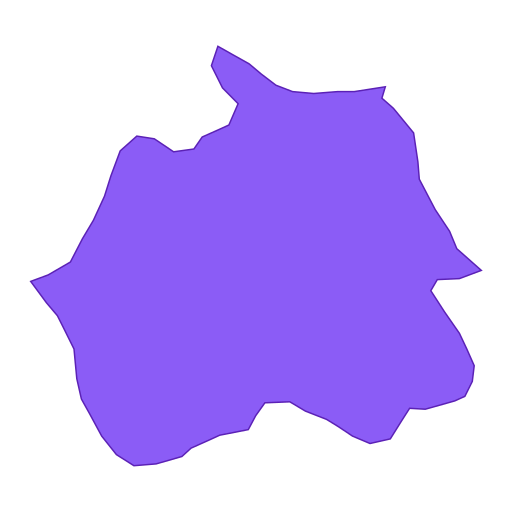 Agios Iakovos, Cyprus (orthographic projection)
{"feature_id": "46923920B93502330061419", "entity_name": "Agios Iakovos", "entity_type": "district", "adm_level": 2, "iso_a3": "CYP", "parent_name": "Cyprus", "parent_adm1": "", "projection": "orthographic", "projection_center": [33.821, 35.322], "detail": "fine", "context": "isolated", "style": "filled", "palette": "violet", "viewbox_px": 512, "rotation_deg": 0, "n_neighbors": 0, "source": "geoboundaries", "source_scale": "gbopen_adm2", "svg_char_len": 1018}
<svg xmlns="http://www.w3.org/2000/svg" viewBox="0 0 512 512"><path d="M385.3,86.8L354.3,91.6L337.7,91.6L313.7,93.5L292.5,91.6L275.9,85.2L261.2,74.0L249.2,63.9L232.6,54.6L217.9,46.3L211.4,65.7L222.5,87.9L238.1,103.7L228.9,125.0L218.8,129.6L202.2,137.0L193.9,149.0L173.6,151.8L154.3,138.8L136.8,136.1L120.2,150.9L110.9,175.9L104.5,196.2L93.4,220.3L82.4,238.8L70.4,262.0L48.2,274.9L30.7,281.4L46.4,302.7L57.4,315.7L63.9,328.6L74.0,349.0L76.8,378.7L81.4,399.0L89.7,413.9L101.7,436.1L116.4,454.6L133.9,465.7L156.1,463.9L181.9,456.5L191.1,448.1L207.7,440.7L219.7,435.2L248.3,429.6L255.7,415.7L264.9,402.8L289.8,401.8L305.4,411.1L326.6,419.4L338.6,426.8L352.5,436.1L370.0,443.5L390.3,438.9L401.3,421.3L409.6,408.3L425.3,409.2L454.8,400.9L464.9,396.3L472.3,381.4L474.2,365.7L466.8,349.0L459.4,333.3L444.6,312.0L430.8,290.7L437.3,279.6L459.4,278.6L481.3,270.4L456.8,248.7L449.6,231.3L435.2,209.6L419.3,179.2L417.9,161.9L413.6,132.9L393.4,108.3L381.9,98.2L385.3,86.8Z" fill="#8b5cf6" stroke="#5b21b6" stroke-width="1.5"/></svg>